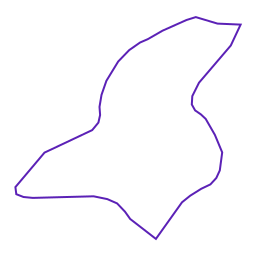 an SVG outline of Jarash
{"feature_id": "JOR-856", "entity_name": "Jarash", "entity_type": "Province", "adm_level": 1, "iso_a3": "JOR", "parent_name": "Jordan", "parent_adm1": "", "projection": "natural_earth1", "projection_center": [35.881, 32.225], "detail": "fine", "context": "isolated", "style": "outline", "palette": "violet", "viewbox_px": 256, "rotation_deg": 0, "n_neighbors": 0, "source": "natural_earth", "source_scale": "10m", "svg_char_len": 607}
<svg xmlns="http://www.w3.org/2000/svg" viewBox="0 0 256 256"><path d="M32.8,197.9L23.5,197.0L16.3,194.2L15.4,187.1L44.5,152.6L92.2,130.1L98.4,122.6L100.1,115.0L99.5,106.9L101.5,94.9L106.4,80.8L118.2,61.5L129.2,50.1L140.1,42.5L147.7,39.2L162.5,30.7L186.5,20.0L195.8,17.1L217.5,23.6L240.6,24.6L230.8,45.5L199.0,82.7L192.3,96.1L191.8,104.5L195.1,110.4L200.9,114.4L205.7,118.9L214.9,134.9L222.2,152.4L219.8,170.4L216.3,178.0L210.4,184.4L201.2,188.8L190.2,195.7L182.0,202.3L155.9,238.9L130.2,219.0L125.0,211.7L117.1,203.4L107.3,199.1L93.6,196.3L32.8,197.9Z" fill="none" stroke="#5b21b6" stroke-width="2"/></svg>